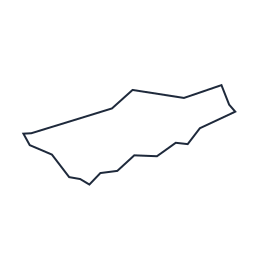 the Highly Urbanized City of Las Pinas, rotated 104°
{"feature_id": "PHL-5556", "entity_name": "Las Pinas", "entity_type": "Highly Urbanized City", "adm_level": 1, "iso_a3": "PHL", "parent_name": "Philippines", "parent_adm1": "", "projection": "albers", "projection_center": [121.001, 14.452], "detail": "fine", "context": "isolated", "style": "outline", "palette": "slate", "viewbox_px": 256, "rotation_deg": 104, "n_neighbors": 0, "source": "natural_earth", "source_scale": "10m", "svg_char_len": 403}
<svg xmlns="http://www.w3.org/2000/svg" viewBox="0 0 256 256"><g transform="rotate(104 128 128)"><path d="M63.8,47.7L80.9,35.5L86.2,27.9L110.8,58.2L129.2,66.2L130.8,78.1L148.4,93.1L153.0,115.3L172.2,128.0L178.4,143.9L192.2,151.8L189.1,162.1L189.9,173.2L172.2,195.4L168.4,219.2L158.8,228.1L156.5,220.6L112.9,148.3L90.0,132.8L85.3,81.0L63.8,47.7Z" fill="none" stroke="#1e293b" stroke-width="2"/></g></svg>